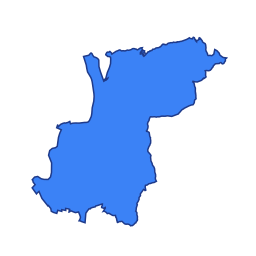 outline of Soimus, Hunedoara, Romania, rotated 99°
{"feature_id": "2599482B73635822443481", "entity_name": "Soimus", "entity_type": "district", "adm_level": 2, "iso_a3": "ROU", "parent_name": "Romania", "parent_adm1": "Hunedoara", "projection": "equal_earth", "projection_center": [22.855, 45.95], "detail": "fine", "context": "isolated", "style": "filled", "palette": "blue", "viewbox_px": 256, "rotation_deg": 99, "n_neighbors": 0, "source": "geoboundaries", "source_scale": "gbopen_adm2", "svg_char_len": 5722}
<svg xmlns="http://www.w3.org/2000/svg" viewBox="0 0 256 256"><g transform="rotate(99 128 128)"><path d="M135.5,197.9L138.9,198.5L140.2,193.6L143.9,194.6L148.2,195.2L157.2,195.0L158.8,196.5L160.0,199.6L162.5,201.8L167.3,202.2L174.4,198.0L184.0,196.6L188.6,196.9L191.3,198.8L191.9,202.9L191.7,205.8L190.0,209.6L191.1,212.6L194.1,214.5L194.7,213.8L196.3,213.2L198.5,210.9L202.1,213.3L207.4,208.1L206.4,207.5L204.6,206.0L211.0,202.0L217.5,194.9L217.0,194.5L219.2,192.1L219.6,191.7L222.3,190.7L222.6,189.6L223.0,188.6L223.5,185.0L220.3,184.5L220.7,180.4L219.0,180.6L219.2,176.6L217.2,177.0L217.2,174.2L217.5,173.0L217.8,173.2L220.2,173.1L219.9,172.5L218.9,172.0L219.0,171.3L218.8,170.9L219.2,169.6L219.8,166.7L218.7,163.7L222.2,161.6L223.5,161.0L225.3,161.1L227.3,161.8L227.2,160.3L227.6,159.8L228.3,155.6L219.0,156.3L217.8,156.0L217.4,155.6L216.2,155.2L214.8,154.3L214.1,154.1L213.7,152.6L213.3,152.7L212.2,151.0L210.9,147.9L209.9,147.5L209.5,146.3L207.4,142.3L207.1,141.4L208.4,141.3L209.8,141.7L210.7,141.6L211.1,139.2L210.1,138.1L210.6,137.9L214.2,139.4L213.8,138.6L214.1,137.8L214.8,136.2L215.8,135.1L215.2,133.5L216.7,129.7L216.7,128.5L216.3,126.7L218.0,126.1L219.0,125.2L219.9,125.0L220.9,124.5L221.4,124.5L221.7,124.1L222.8,123.8L222.9,123.6L222.7,123.4L222.8,123.2L222.2,122.5L221.6,121.4L221.7,121.0L221.3,120.2L221.2,119.2L223.1,116.5L223.3,115.5L223.3,114.6L223.0,113.9L223.0,112.4L223.2,111.4L224.2,110.1L223.8,109.2L223.8,108.6L222.7,107.4L220.8,106.1L220.4,105.4L219.1,105.1L217.9,104.3L217.3,104.5L216.9,104.3L216.0,104.6L214.0,104.8L212.2,105.7L210.4,105.9L209.5,106.6L208.9,107.4L208.0,107.1L205.5,107.3L202.3,106.8L201.9,107.2L201.0,107.4L198.9,106.5L197.1,106.0L196.5,105.9L195.5,106.2L194.7,106.1L192.9,105.1L191.2,105.5L186.2,103.0L186.4,102.2L187.1,101.4L186.6,100.7L183.8,101.8L181.9,101.8L181.3,100.1L179.7,98.6L179.4,97.4L178.1,95.0L177.8,93.8L176.2,91.6L174.3,92.9L172.9,93.2L171.5,93.1L169.6,93.5L167.3,94.7L165.5,95.0L163.8,95.5L162.1,96.6L161.0,97.9L159.1,98.7L156.9,100.2L153.1,101.2L151.7,101.0L150.7,101.7L148.1,104.7L146.4,105.1L143.3,104.5L141.3,103.7L140.5,103.7L139.4,103.3L136.9,103.6L135.0,104.2L133.9,104.3L133.6,104.7L132.8,105.2L129.1,106.4L128.3,108.3L128.4,109.1L128.0,109.3L127.8,109.0L127.1,108.8L125.0,108.4L123.7,108.4L122.6,108.6L121.8,109.1L120.8,109.4L119.1,109.2L117.3,108.4L116.0,108.4L113.9,107.9L113.4,107.5L113.4,106.7L113.2,106.4L113.3,106.0L112.7,103.5L112.8,101.7L112.3,100.6L112.1,100.0L112.2,99.2L111.0,96.5L110.6,93.5L110.3,92.4L109.8,91.0L109.7,86.6L106.2,80.4L105.1,79.9L104.5,79.4L101.7,77.7L100.7,76.6L100.5,76.1L99.9,75.8L99.4,75.1L96.6,71.2L95.3,68.9L94.9,67.5L94.7,67.3L92.7,66.5L90.9,66.6L90.1,66.5L89.5,66.3L89.0,65.6L88.1,65.4L87.7,65.5L87.3,65.8L85.5,66.0L83.2,66.6L82.9,66.7L83.0,66.8L81.5,67.2L78.0,67.7L76.2,68.8L74.3,69.4L73.1,70.0L72.3,70.8L72.3,71.2L71.7,71.1L71.9,69.1L71.7,66.8L69.7,63.3L68.8,62.3L67.3,61.5L66.9,61.0L67.3,60.8L66.0,59.4L65.3,58.9L64.0,59.6L60.7,60.0L59.3,60.7L58.9,59.3L58.9,58.0L58.8,57.1L58.0,55.7L56.5,54.7L56.0,54.6L54.4,53.6L53.2,53.4L50.9,51.7L50.0,47.9L49.2,47.3L48.8,46.5L49.0,46.1L49.8,45.2L49.9,44.7L49.6,44.0L49.1,43.4L47.4,42.8L46.5,42.3L44.6,42.6L43.9,42.2L43.6,41.6L43.4,41.5L43.4,42.6L43.5,44.8L43.1,45.9L41.9,48.1L41.2,49.0L39.9,49.5L38.9,50.8L38.2,51.6L37.7,52.3L36.9,54.6L41.6,54.8L43.3,56.3L43.5,56.8L43.4,58.3L43.8,59.8L43.8,60.4L43.1,60.9L42.2,61.1L39.6,63.0L38.2,63.5L36.7,63.5L33.7,64.3L32.6,65.0L31.8,67.0L31.2,67.9L30.3,68.3L28.0,70.7L27.7,71.7L28.2,72.0L28.4,72.0L28.8,71.2L29.1,71.1L29.8,72.4L30.5,72.7L31.3,73.9L32.0,73.8L31.1,75.0L30.6,74.7L30.2,74.9L29.8,76.1L28.9,76.3L28.4,76.7L28.2,77.7L29.9,78.5L29.8,79.5L29.8,80.7L29.3,81.5L30.5,82.8L31.5,84.2L34.1,88.9L34.3,89.9L34.9,91.1L35.2,93.0L35.7,93.1L35.8,93.3L36.0,94.4L36.0,95.0L36.2,95.5L36.1,96.6L36.7,97.2L37.1,99.4L37.5,100.1L37.6,100.7L38.2,101.8L39.0,102.5L39.5,102.7L39.8,103.6L39.7,104.0L40.0,104.4L39.6,105.4L39.8,106.0L39.6,106.5L40.2,106.8L40.9,107.7L42.3,108.3L42.8,108.7L42.9,109.2L43.4,109.6L43.9,110.5L44.6,112.9L45.8,114.0L46.0,114.6L46.2,115.0L46.3,115.9L47.6,116.5L47.8,117.3L48.4,117.7L48.4,118.4L49.4,119.2L49.6,120.1L51.1,120.9L52.0,121.8L52.7,121.9L53.8,122.8L53.5,122.8L53.8,123.5L54.4,124.0L54.1,124.3L53.8,124.2L53.9,124.5L53.5,124.7L53.1,124.3L53.0,124.9L52.1,125.2L51.3,124.2L51.5,123.3L51.3,122.9L50.9,123.2L50.5,123.8L50.2,123.9L49.6,123.7L49.5,124.0L49.2,123.9L49.2,124.1L48.9,125.7L49.1,126.1L50.2,126.1L50.8,126.5L51.4,126.5L51.1,126.2L51.7,126.2L52.3,126.7L53.0,126.8L52.9,127.5L51.9,127.4L51.5,127.6L49.6,126.6L49.2,126.5L48.4,125.8L47.1,126.9L46.5,126.6L46.9,128.0L47.6,129.0L49.3,130.7L49.3,131.3L48.8,132.1L48.9,132.8L48.6,133.7L48.7,133.8L48.7,135.2L49.0,136.0L50.1,137.2L50.9,138.9L51.2,139.8L51.1,140.6L51.2,141.0L52.1,142.4L52.4,143.6L52.4,144.9L52.8,146.2L52.8,146.7L52.2,148.0L52.3,148.8L53.5,150.5L54.0,151.6L57.5,155.5L56.4,156.2L55.2,157.9L55.3,158.1L56.0,158.6L56.2,159.4L56.2,160.0L56.7,160.7L58.8,161.5L59.3,161.3L60.0,159.9L60.5,159.5L60.4,157.4L60.9,156.3L62.9,155.8L67.2,155.3L71.2,155.8L76.5,157.1L82.4,157.7L83.7,158.7L83.9,158.6L83.4,157.4L82.0,155.8L82.5,155.9L84.3,157.3L84.6,158.1L85.6,159.2L77.0,163.9L71.9,166.3L65.4,167.5L64.3,168.6L63.6,170.0L63.2,171.6L63.1,172.7L61.7,174.2L60.2,175.2L59.7,176.1L59.9,176.6L62.3,178.1L64.3,183.1L72.3,179.1L75.7,178.0L79.0,176.7L83.8,172.7L85.8,171.5L88.3,170.5L99.5,167.0L102.2,166.4L106.8,166.0L113.7,166.5L119.3,166.0L122.4,166.1L123.8,166.5L126.5,167.2L127.9,168.0L128.4,168.5L129.0,170.0L129.3,171.8L130.8,177.0L131.3,180.8L131.9,183.3L132.8,185.5L131.7,186.1L131.1,186.2L130.6,186.5L131.9,188.2L133.0,190.7L132.9,191.5L133.6,193.1L135.0,195.2L137.4,196.9L136.5,197.8L135.5,197.9Z" fill="#3b82f6" stroke="#1e3a8a" stroke-width="1.5"/></g></svg>